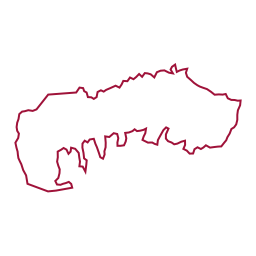 outline of Witmarsum, Santa Catarina, Brazil
{"feature_id": "56859067B40802108519146", "entity_name": "Witmarsum", "entity_type": "district", "adm_level": 2, "iso_a3": "BRA", "parent_name": "Brazil", "parent_adm1": "Santa Catarina", "projection": "natural_earth1", "projection_center": [-49.836, -26.943], "detail": "fine", "context": "isolated", "style": "outline", "palette": "rose", "viewbox_px": 256, "rotation_deg": 0, "n_neighbors": 0, "source": "geoboundaries", "source_scale": "gbopen_adm2", "svg_char_len": 2370}
<svg xmlns="http://www.w3.org/2000/svg" viewBox="0 0 256 256"><path d="M240.6,100.5L237.7,100.7L234.7,100.0L231.3,99.9L227.8,98.3L225.7,94.0L222.7,94.6L218.8,94.4L214.6,94.7L211.0,91.8L207.0,89.1L202.9,87.7L199.7,86.5L197.3,85.2L194.0,82.9L191.1,80.2L187.2,76.8L185.9,72.8L187.2,68.7L182.8,69.5L179.6,70.5L176.8,71.9L175.9,68.3L175.1,64.6L172.0,66.8L170.6,69.5L172.9,73.4L169.0,72.7L164.4,70.4L160.6,70.7L156.9,72.2L154.3,77.4L150.7,74.3L147.6,73.4L144.8,73.1L142.1,76.8L139.1,74.0L136.2,77.0L133.5,79.2L130.0,77.5L127.4,81.2L123.3,80.9L121.6,84.5L119.5,87.6L115.6,85.7L110.3,88.1L106.1,89.9L103.7,91.6L100.9,90.3L97.6,92.0L96.6,97.1L93.8,98.9L91.3,97.3L87.9,97.1L86.6,92.5L84.2,91.2L83.1,88.1L79.5,87.6L76.2,92.5L48.2,94.6L36.5,109.4L32.7,110.9L28.3,110.2L24.8,111.2L22.1,111.6L19.3,114.1L18.5,119.1L17.2,122.7L16.6,127.1L17.2,130.8L18.9,133.6L18.2,138.0L15.4,142.7L16.5,147.8L17.6,151.6L17.9,154.8L18.4,158.1L19.9,161.4L21.3,164.2L23.2,170.1L26.1,175.4L27.5,183.8L48.0,191.4L56.0,190.6L72.2,187.7L71.2,183.9L68.8,181.9L65.7,183.1L63.0,183.8L60.5,184.8L57.0,184.5L55.3,181.0L58.3,178.0L59.5,173.2L59.7,169.3L58.3,165.7L57.1,161.6L57.8,157.3L57.7,151.6L61.0,149.8L63.6,148.0L66.5,149.6L68.5,153.8L70.6,151.6L71.1,147.7L75.2,148.8L78.7,152.9L79.3,157.7L80.0,161.6L79.4,166.3L82.7,166.6L85.4,171.7L86.3,164.7L86.7,160.3L84.1,158.4L83.5,152.9L82.4,147.6L82.5,143.6L84.7,140.7L87.6,142.4L89.7,139.5L93.8,138.8L95.4,143.8L96.9,147.2L98.9,152.9L100.3,157.2L103.0,158.7L104.6,154.5L104.4,151.3L105.6,147.3L105.7,142.7L105.2,136.4L109.3,137.0L113.7,133.2L117.2,134.0L118.3,138.2L117.4,142.5L117.5,145.8L120.6,145.8L124.0,145.3L125.7,141.5L126.3,138.3L125.2,132.9L128.8,132.5L132.5,131.1L134.6,129.3L137.0,131.1L140.1,130.7L143.4,129.9L146.0,128.6L145.3,133.2L143.7,136.4L142.5,139.9L145.3,141.3L147.9,142.6L152.2,142.5L154.7,143.9L157.3,144.7L157.9,140.1L159.9,136.4L161.5,133.5L163.4,130.1L166.1,127.4L168.5,128.6L165.9,134.4L165.9,138.6L168.1,141.2L171.6,142.5L174.2,144.3L177.4,143.6L181.3,141.7L185.0,140.7L185.1,144.9L183.4,148.9L186.8,150.6L189.6,153.6L193.1,153.5L194.5,149.2L197.5,147.3L200.9,149.0L203.4,147.5L205.9,145.3L210.0,147.6L214.5,147.0L217.9,146.6L221.3,146.4L224.2,142.7L226.2,140.3L227.4,137.2L229.7,133.5L231.4,129.0L234.1,127.3L236.2,124.4L237.3,119.9L237.3,114.8L237.9,110.3L240.1,105.3L240.6,100.5Z" fill="none" stroke="#9f1239" stroke-width="2"/></svg>